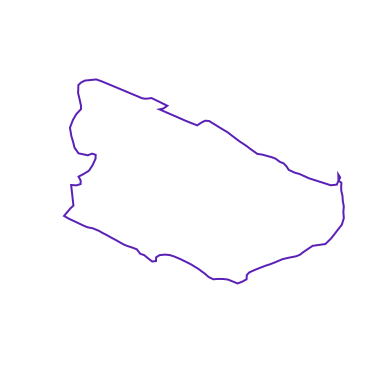 the district of Nísia Floresta, Rio Grande do Norte, Brazil, rotated 116°
{"feature_id": "56859067B86256088281903", "entity_name": "Nísia Floresta", "entity_type": "district", "adm_level": 2, "iso_a3": "BRA", "parent_name": "Brazil", "parent_adm1": "Rio Grande do Norte", "projection": "natural_earth1", "projection_center": [-35.168, -6.054], "detail": "fine", "context": "isolated", "style": "outline", "palette": "violet", "viewbox_px": 384, "rotation_deg": 116, "n_neighbors": 0, "source": "geoboundaries", "source_scale": "gbopen_adm2", "svg_char_len": 1758}
<svg xmlns="http://www.w3.org/2000/svg" viewBox="0 0 384 384"><g transform="rotate(116 192 192)"><path d="M207.0,311.0L204.7,301.8L201.3,298.6L200.8,294.9L204.3,293.3L211.5,293.1L218.1,294.0L223.0,297.1L227.9,300.7L230.5,297.1L233.7,295.6L236.7,298.8L238.7,303.7L256.2,292.6L260.0,294.1L269.6,296.5L270.0,290.8L269.9,286.8L269.8,279.9L269.8,276.1L269.6,270.9L268.1,265.1L267.7,258.6L268.0,254.8L268.1,249.2L268.4,244.3L268.6,238.8L268.9,234.4L269.1,230.3L268.9,226.6L268.2,221.9L267.7,216.5L270.2,211.5L269.7,207.2L270.9,202.3L271.9,197.2L269.8,194.1L266.5,195.6L263.0,193.5L260.2,189.0L258.5,184.6L257.8,180.2L257.4,172.9L257.4,166.5L257.5,160.7L258.0,156.1L258.3,152.5L259.1,148.4L259.7,144.9L261.1,139.8L261.1,134.6L258.5,130.1L256.3,125.3L254.9,121.1L254.5,115.1L254.2,111.0L250.8,107.7L246.6,104.7L242.6,106.3L239.4,105.4L236.5,103.1L232.5,99.6L225.8,93.4L222.9,90.3L218.9,86.6L212.8,81.3L209.4,77.2L204.1,70.2L201.1,67.5L197.4,65.7L187.5,60.0L180.3,49.3L172.7,46.6L155.6,43.0L148.9,44.1L143.6,47.2L138.5,49.2L134.0,52.5L129.3,55.2L125.4,58.4L121.7,60.3L118.2,61.8L117.5,65.3L121.9,65.1L125.1,70.2L128.4,92.9L128.7,103.3L129.6,108.3L129.7,114.8L127.6,118.2L126.1,122.2L126.4,126.2L125.4,131.5L125.7,135.1L127.6,145.3L129.1,149.9L127.8,158.0L126.8,162.8L126.1,167.9L125.6,171.8L123.9,180.5L122.7,186.2L122.2,192.4L120.7,207.8L122.2,211.5L126.1,214.4L129.8,216.5L130.4,223.5L130.8,229.1L132.0,257.5L129.6,254.4L125.3,252.0L125.3,269.5L128.5,274.5L129.6,277.8L132.1,321.5L132.8,327.4L138.8,337.1L142.2,339.7L145.7,341.0L153.1,337.7L156.3,335.0L163.0,329.7L166.2,328.1L172.7,330.1L179.3,330.6L187.7,329.9L194.7,324.9L199.0,320.9L203.6,317.1L207.0,311.0ZM112.1,68.2L117.5,65.3L114.0,65.2L112.1,68.2Z" fill="none" stroke="#5b21b6" stroke-width="2"/></g></svg>